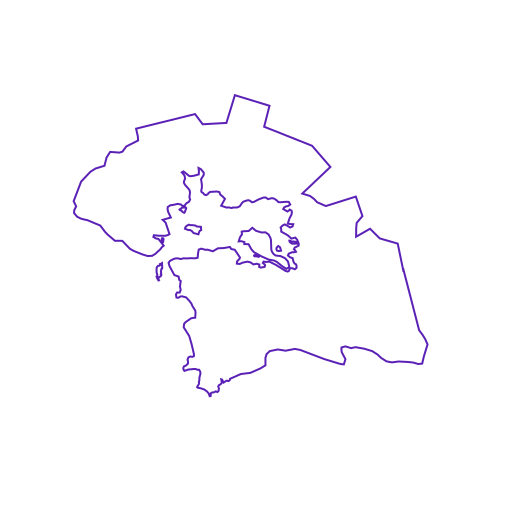 the district of Sandakan, Sabah, Malaysia, rotated 197°
{"feature_id": "92858781B38281907433738", "entity_name": "Sandakan", "entity_type": "district", "adm_level": 2, "iso_a3": "MYS", "parent_name": "Malaysia", "parent_adm1": "Sabah", "projection": "albers", "projection_center": [118.031, 5.791], "detail": "fine", "context": "isolated", "style": "outline", "palette": "violet", "viewbox_px": 512, "rotation_deg": 197, "n_neighbors": 0, "source": "geoboundaries", "source_scale": "gbopen_adm2", "svg_char_len": 6163}
<svg xmlns="http://www.w3.org/2000/svg" viewBox="0 0 512 512"><g transform="rotate(197 256 256)"><path d="M446.4,255.1L442.5,250.9L443.2,246.6L442.5,243.8L438.6,241.3L434.7,240.6L431.6,240.6L428.0,241.0L413.8,239.6L407.5,235.0L404.3,233.2L395.4,229.3L388.3,231.4L378.8,226.1L374.5,225.1L365.0,224.3L359.6,224.3L355.4,225.8L352.9,228.6L349.4,234.6L348.7,236.7L347.3,238.9L354.3,243.8L356.8,243.5L359.7,244.2L359.7,246.0L354.7,247.0L348.7,248.8L346.5,250.2L345.1,251.6L352.2,261.5L355.8,263.3L348.7,267.9L352.9,272.5L354.3,275.0L354.7,277.1L352.6,279.6L350.8,280.3L346.0,283.0L342.8,283.3L340.5,282.1L338.9,283.7L338.0,286.0L336.0,288.2L335.5,290.7L336.9,292.8L337.6,297.3L338.7,299.4L340.1,300.5L344.8,303.4L346.4,305.0L346.7,307.1L346.4,309.1L347.6,311.6L349.2,313.0L351.4,314.3L350.1,315.7L343.3,313.0L341.7,313.2L338.5,314.8L334.6,317.3L335.3,320.2L336.7,323.4L334.0,322.9L330.3,320.4L329.7,318.2L331.0,313.4L328.7,308.6L327.8,305.9L327.4,302.1L326.7,301.2L324.9,300.7L323.3,299.6L321.5,299.6L320.1,301.2L319.7,302.5L318.5,303.9L312.4,306.2L309.7,306.4L308.1,304.3L305.4,303.2L302.4,301.6L304.0,293.9L298.1,293.7L296.8,294.4L293.1,294.8L292.5,295.5L288.2,296.9L286.1,298.7L285.0,302.3L284.1,304.1L281.8,305.9L279.8,307.1L278.0,307.1L275.5,306.2L273.6,307.3L270.5,310.5L266.2,313.9L263.9,314.8L261.0,313.9L259.1,315.2L257.3,316.1L255.1,316.1L252.3,315.2L250.3,314.1L248.5,314.5L242.6,316.8L240.5,317.3L238.3,315.2L239.9,313.2L241.7,312.3L243.3,310.7L243.7,308.9L239.0,307.7L237.8,309.1L237.4,310.2L235.3,309.8L234.4,308.2L234.2,305.7L234.9,302.3L235.1,296.4L233.3,296.4L229.7,297.3L229.7,295.0L231.7,293.2L234.9,294.1L237.8,294.6L239.4,293.0L240.8,290.5L239.6,288.7L239.0,286.7L231.7,285.1L227.2,283.0L223.8,285.1L221.3,283.5L218.6,280.1L218.3,278.3L221.5,275.3L221.7,273.5L220.1,272.8L219.0,271.7L220.8,270.6L222.4,270.3L225.4,267.8L225.6,265.8L222.9,264.7L220.4,264.7L218.6,261.7L217.0,260.1L215.2,259.7L214.3,258.3L213.8,256.5L214.9,254.7L217.9,254.9L219.9,254.2L220.2,251.3L221.1,250.4L223.6,250.4L234.2,253.3L241.5,254.5L245.1,253.1L247.1,252.9L247.4,251.3L245.1,250.4L244.6,249.7L244.6,248.1L248.0,246.3L249.8,246.5L250.3,248.8L253.0,248.8L256.0,247.2L259.4,248.3L262.5,248.1L266.6,245.9L269.3,243.6L272.1,243.1L272.5,245.4L270.9,248.6L270.9,249.9L278.2,255.8L281.6,255.4L283.6,257.0L289.1,254.2L294.7,252.2L298.6,247.9L304.3,247.9L305.8,247.2L310.6,247.0L312.6,245.4L312.4,242.9L311.3,237.2L313.3,236.1L318.1,234.7L322.2,233.2L324.4,232.7L327.1,231.1L330.1,230.9L332.1,230.2L333.9,229.1L336.9,226.1L337.6,223.9L335.8,221.1L328.5,213.9L324.0,213.7L322.4,210.7L320.6,210.0L320.3,207.5L319.7,204.4L318.1,201.6L318.3,198.7L320.8,198.0L321.3,195.8L319.9,193.0L318.1,193.3L316.3,195.3L314.9,195.8L310.8,196.0L306.7,193.7L304.0,191.7L302.0,189.4L298.1,186.0L297.2,184.0L296.1,179.2L297.9,178.5L299.9,177.4L304.0,172.2L304.9,170.1L304.3,166.7L296.5,160.0L291.9,153.0L287.0,144.6L286.4,143.2L286.1,142.0L287.5,140.9L289.4,140.7L290.9,139.4L291.2,136.9L290.1,135.1L289.6,133.2L291.0,130.7L292.5,129.5L292.8,127.9L292.3,126.4L290.9,125.2L287.4,127.7L281.6,130.1L280.1,130.3L278.8,130.0L277.2,130.6L275.9,129.5L274.8,127.7L274.5,122.7L273.8,120.6L273.9,119.0L273.3,118.1L273.2,116.8L274.0,113.4L272.9,113.0L270.9,113.3L266.9,113.3L263.6,112.3L261.0,110.7L259.3,108.4L258.5,108.7L258.7,110.3L259.1,111.0L258.8,112.0L257.9,112.7L256.4,113.3L254.9,114.8L253.2,114.6L252.4,115.8L252.7,118.4L254.0,120.3L253.7,121.6L252.4,122.9L251.6,124.9L253.2,127.9L252.3,127.9L250.0,125.5L247.8,128.1L245.6,128.4L244.8,129.7L244.9,131.0L236.0,138.7L227.2,142.6L218.9,149.8L215.0,154.2L217.2,161.4L217.2,165.3L215.0,169.1L207.8,173.0L200.0,174.1L191.7,178.5L186.2,179.1L160.8,177.4L143.6,177.4L140.3,178.0L140.3,183.5L145.8,189.0L146.9,191.3L147.5,193.5L144.1,195.7L138.1,195.7L134.2,197.9L125.3,199.0L117.0,199.0L110.9,197.3L106.5,195.1L100.4,193.4L94.9,194.0L88.8,196.8L80.0,199.0L74.4,200.1L69.4,200.1L65.6,201.7L66.1,208.9L66.1,221.6L70.0,226.1L73.8,229.4L78.3,232.7L110.9,285.9L111.1,285.5L124.1,309.3L142.8,309.0L154.9,315.4L165.9,303.7L168.4,312.2L169.4,317.1L165.9,325.3L177.9,342.0L203.8,324.2L213.3,325.3L216.9,327.4L221.8,329.2L230.0,329.2L210.9,362.9L234.6,377.8L286.0,382.0L287.0,403.6L323.2,403.6L323.2,374.6L345.5,366.4L355.8,373.9L407.9,342.7L404.0,335.9L402.5,332.0L412.1,322.8L414.2,316.8L416.7,315.0L425.9,312.9L427.7,306.5L427.3,298.0L435.1,292.7L439.0,288.1L445.0,276.0L446.4,255.1ZM234.0,256.3L228.3,254.0L223.3,252.6L220.8,255.1L223.8,260.1L227.6,262.4L232.6,263.1L237.4,262.2L239.9,263.1L242.1,264.9L243.3,266.7L246.4,275.8L247.6,277.6L250.3,280.3L253.9,281.4L257.6,280.1L263.4,280.1L267.8,281.9L270.3,277.8L275.7,275.8L276.8,275.1L275.7,272.4L276.4,270.8L276.8,268.5L276.8,264.9L274.6,265.8L271.2,266.0L270.7,264.0L266.6,265.1L262.3,261.0L258.9,259.0L250.3,257.2L242.8,256.3L236.9,257.0L234.0,256.3ZM325.1,261.3L322.4,259.7L317.4,259.9L317.4,262.4L317.0,263.8L316.0,264.7L317.2,267.8L321.3,266.9L322.8,267.4L326.0,266.9L327.8,266.3L329.4,266.3L331.0,264.7L331.9,263.1L331.9,261.3L328.3,261.0L326.9,261.5L325.1,261.3ZM343.8,221.7L344.4,220.9L345.5,220.2L345.1,219.0L345.7,218.4L346.9,217.9L347.5,216.4L347.5,215.2L346.3,211.3L344.8,209.1L344.6,208.2L345.0,207.8L345.1,207.2L343.5,205.3L342.1,204.1L341.7,204.4L342.2,204.9L343.0,207.0L341.3,208.6L340.9,209.8L341.2,210.4L341.7,210.7L341.8,211.2L341.5,211.5L342.4,213.4L342.5,214.3L342.7,215.8L342.5,216.4L342.1,216.6L342.2,217.2L343.8,221.7ZM339.0,276.6L337.3,276.3L336.9,277.1L336.7,281.4L337.7,282.0L338.9,281.3L340.6,280.8L342.7,278.1L341.8,277.5L340.5,277.6L339.0,276.6ZM238.0,271.7L238.7,269.7L238.5,268.4L237.3,267.2L235.2,267.5L233.6,268.4L235.5,271.3L237.6,272.1L238.0,271.7ZM228.3,279.8L227.3,279.0L225.9,278.5L225.1,278.4L223.3,278.8L220.8,279.8L219.5,279.9L219.3,280.5L219.8,281.1L221.2,281.3L224.2,280.9L225.6,280.3L228.0,280.6L228.6,280.4L228.3,279.8ZM350.3,245.8L351.0,245.6L351.1,244.5L350.0,242.3L349.3,241.6L348.9,242.0L349.3,244.9L349.7,245.7L350.3,245.8ZM257.4,256.6L258.0,255.9L257.9,255.6L257.0,255.3L256.0,255.8L254.6,255.8L253.5,256.2L253.1,256.0L252.9,256.3L253.1,256.9L253.8,257.1L254.7,256.8L255.7,257.1L256.3,256.7L257.4,256.6Z" fill="none" stroke="#5b21b6" stroke-width="2"/></g></svg>